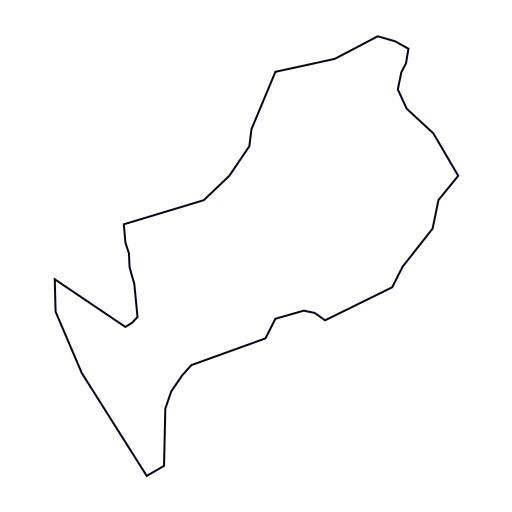 the Municipality of Kozje, rotated 91°
{"feature_id": "SVN-957", "entity_name": "Kozje", "entity_type": "Municipality", "adm_level": 1, "iso_a3": "SVN", "parent_name": "Slovenia", "parent_adm1": "", "projection": "natural_earth1", "projection_center": [15.563, 46.062], "detail": "fine", "context": "isolated", "style": "outline", "palette": "ink", "viewbox_px": 512, "rotation_deg": 91, "n_neighbors": 0, "source": "natural_earth", "source_scale": "10m", "svg_char_len": 656}
<svg xmlns="http://www.w3.org/2000/svg" viewBox="0 0 512 512"><g transform="rotate(91 256 256)"><path d="M87.0,117.1L106.1,107.9L130.3,80.8L172.3,55.2L196.8,74.5L225.5,79.9L264.1,109.2L284.9,119.3L319.1,185.8L311.9,196.4L309.8,207.2L318.4,235.5L338.2,245.1L366.2,318.7L376.6,327.7L392.9,338.4L410.2,344.0L467.4,344.3L477.8,361.4L376.0,428.2L315.2,455.4L282.8,456.8L329.2,385.4L324.9,378.7L319.1,373.4L286.0,377.2L269.5,382.2L255.5,383.1L244.9,386.8L226.6,388.7L201.1,309.2L176.3,284.1L146.4,264.6L129.2,262.7L71.5,239.8L57.5,180.7L34.2,138.1L38.9,120.7L46.1,107.2L60.8,109.4L69.8,113.9L87.0,117.1Z" fill="none" stroke="#020617" stroke-width="2"/></g></svg>